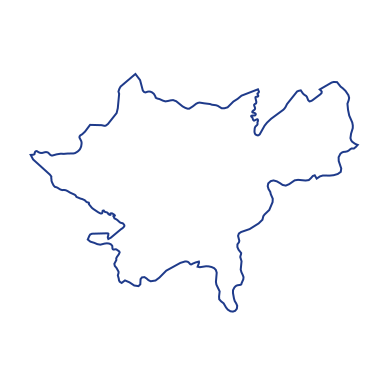 an SVG outline of As-Sulaymaniyah, rotated 93°
{"feature_id": "IRQ-3242", "entity_name": "As-Sulaymaniyah", "entity_type": "Province", "adm_level": 1, "iso_a3": "IRQ", "parent_name": "Iraq", "parent_adm1": "", "projection": "natural_earth1", "projection_center": [45.337, 35.514], "detail": "fine", "context": "isolated", "style": "outline", "palette": "blue", "viewbox_px": 384, "rotation_deg": 93, "n_neighbors": 0, "source": "natural_earth", "source_scale": "10m", "svg_char_len": 6017}
<svg xmlns="http://www.w3.org/2000/svg" viewBox="0 0 384 384"><g transform="rotate(93 192 192)"><path d="M136.3,29.0L138.4,30.7L140.1,32.6L140.2,34.9L141.0,36.2L142.1,37.3L143.2,38.9L143.8,41.0L144.0,42.6L144.5,44.0L146.0,45.8L149.6,47.4L153.4,47.1L160.7,44.2L164.1,44.5L166.4,47.4L167.8,51.4L168.4,55.2L168.7,62.2L169.7,65.0L172.1,68.2L168.9,70.3L169.7,72.2L172.1,74.1L174.0,76.0L174.6,79.2L174.3,86.7L175.0,90.1L179.1,95.4L180.7,98.7L180.2,101.9L178.6,104.5L176.9,107.9L176.2,111.2L177.0,113.9L179.4,116.3L182.2,116.7L185.1,115.7L187.7,113.9L190.1,113.2L194.5,111.0L197.9,111.0L205.9,113.9L210.7,118.4L212.4,119.5L216.0,120.2L219.9,123.8L226.0,132.5L229.4,140.9L231.0,143.0L233.4,143.7L238.3,142.2L239.8,142.5L241.9,143.9L244.6,143.8L247.2,142.5L250.4,139.7L251.7,139.8L253.1,140.2L254.4,140.4L258.6,138.9L267.0,139.3L269.6,138.4L272.2,137.0L274.3,136.1L276.5,136.2L280.5,137.7L281.5,137.9L282.1,138.5L282.8,141.8L283.3,142.9L284.1,143.8L285.2,144.7L287.9,145.9L290.7,145.8L296.2,144.5L298.7,143.6L301.0,142.0L303.3,140.9L306.2,141.1L308.4,142.7L309.3,144.9L309.1,147.4L307.6,150.1L305.5,152.0L301.5,154.6L299.7,157.2L297.7,159.2L294.9,159.5L289.8,159.2L283.2,162.8L280.5,163.4L271.3,163.1L268.6,164.1L266.9,165.9L265.9,168.5L265.4,171.4L265.4,174.0L266.7,180.3L266.3,182.5L262.3,181.3L261.7,181.3L261.1,181.5L262.2,184.8L263.7,187.9L264.2,188.5L264.4,189.2L264.2,189.9L263.7,190.5L262.7,191.4L262.0,192.4L261.7,193.7L261.7,195.2L263.4,199.9L271.9,213.6L279.2,220.1L282.3,223.8L283.3,228.6L282.3,230.9L280.7,232.9L279.5,235.0L279.9,237.5L281.7,238.8L286.9,238.8L288.8,240.5L288.4,244.8L285.5,249.7L283.8,254.3L286.5,257.5L285.4,259.5L284.0,260.3L282.4,260.6L279.1,261.7L276.7,261.1L275.4,261.2L271.8,263.4L269.9,265.2L267.8,265.8L263.9,264.0L262.2,264.2L260.8,263.6L258.0,261.8L256.1,261.1L255.2,261.5L253.3,264.5L253.2,265.3L253.6,267.3L253.3,268.1L252.5,268.5L250.7,268.7L249.8,268.9L248.4,270.4L247.8,272.2L247.7,274.4L248.1,276.6L249.4,280.8L249.0,283.9L247.9,286.9L246.9,290.9L244.9,293.6L241.3,292.3L239.8,291.5L238.9,289.7L237.7,274.7L237.8,273.6L238.1,273.3L238.5,273.4L239.5,273.3L240.0,273.4L240.6,273.6L241.1,273.7L241.8,273.7L242.4,273.5L242.9,273.3L243.3,273.1L241.9,270.7L232.9,261.0L232.1,259.9L231.5,259.2L230.5,258.3L229.6,257.8L228.8,257.8L228.0,258.3L226.8,259.6L226.7,260.4L226.5,261.5L226.1,262.4L225.3,263.4L223.9,265.1L223.3,266.1L222.7,267.4L222.4,268.1L221.3,268.6L220.9,268.8L220.5,269.2L220.2,269.3L220.0,269.2L220.0,268.9L220.0,268.4L219.9,268.1L219.6,267.8L219.2,268.0L218.7,268.5L217.9,270.0L217.5,270.8L217.6,272.1L217.9,272.5L218.3,272.6L218.8,272.4L219.0,272.3L219.2,272.6L219.1,273.1L218.5,274.3L217.4,275.0L216.9,275.7L216.4,278.0L215.1,279.2L215.4,280.2L215.8,280.3L217.1,280.4L217.5,280.5L217.9,280.7L218.1,281.0L218.2,281.3L218.2,282.2L217.8,283.2L217.1,284.7L214.1,289.7L213.0,291.2L209.6,294.3L209.2,294.3L208.8,294.2L208.4,294.3L208.0,294.6L207.9,295.5L207.7,296.3L207.1,297.3L205.8,298.7L204.8,301.2L204.4,303.1L203.3,306.1L203.1,306.8L202.8,307.3L202.0,307.7L201.4,308.2L200.8,309.1L199.0,313.7L197.6,316.3L197.1,317.5L196.8,318.4L196.8,318.9L196.7,319.5L196.7,320.1L196.7,320.7L196.8,321.1L196.9,321.6L196.8,322.0L196.5,323.2L196.2,324.0L194.7,326.7L194.2,328.2L194.2,328.7L194.1,329.1L193.4,329.9L192.5,330.7L190.0,332.1L188.7,332.7L187.5,333.0L186.7,333.0L185.4,333.3L184.9,333.3L183.9,333.3L182.1,334.8L167.8,352.4L163.4,355.0L163.1,352.5L162.8,351.8L162.5,351.3L161.9,351.2L161.5,351.2L161.1,351.1L160.0,350.7L159.7,350.4L159.3,349.7L159.3,349.1L160.3,347.3L160.7,346.2L160.9,345.2L160.9,344.3L160.8,343.5L160.0,341.1L159.8,340.1L159.8,339.1L160.0,338.4L160.3,337.6L162.2,335.6L162.7,334.7L162.9,334.1L162.9,333.4L161.5,329.2L160.7,325.5L160.6,324.4L160.6,323.6L160.7,322.9L160.6,321.8L160.1,318.2L159.7,312.4L159.3,310.9L158.2,309.2L157.2,307.9L155.4,306.3L154.1,305.7L152.4,305.1L149.6,304.8L148.1,304.9L146.9,305.3L143.8,307.1L143.1,307.3L142.2,307.1L141.3,306.5L140.1,304.7L137.3,302.0L130.3,297.3L130.0,285.7L130.4,283.5L130.5,282.8L130.4,282.1L130.1,281.4L128.5,279.5L117.1,271.4L112.2,270.5L97.8,269.9L95.5,270.7L92.6,269.9L90.4,268.8L77.1,254.7L83.0,249.7L93.3,246.4L94.7,245.0L95.0,243.7L94.1,241.4L93.9,240.2L94.0,238.8L94.5,237.3L95.9,235.3L97.5,234.2L98.7,233.5L99.7,233.2L100.1,232.5L100.5,231.4L100.9,229.3L102.3,225.8L102.9,223.3L102.4,220.9L101.6,218.1L101.2,215.7L102.2,212.5L107.0,205.9L108.3,203.2L109.0,200.9L108.9,199.1L106.4,195.6L103.6,192.4L102.7,190.7L102.3,189.1L102.8,184.5L103.2,178.6L103.8,176.7L104.1,172.6L104.6,170.8L106.8,166.8L106.7,164.1L105.6,160.9L99.5,155.4L96.6,151.3L93.2,147.6L86.0,131.5L88.4,130.4L88.8,130.5L89.4,130.8L89.8,131.3L90.3,131.8L90.8,131.7L92.2,130.9L92.8,130.9L93.2,131.2L93.4,131.5L93.4,131.9L93.4,132.3L93.5,132.8L93.9,133.5L94.6,133.6L95.3,133.4L98.5,132.5L99.5,132.5L100.2,132.7L100.8,133.8L101.6,134.5L102.3,134.5L103.0,134.2L103.8,133.8L104.9,133.4L105.7,133.4L106.3,133.7L106.9,134.3L107.4,135.0L108.4,135.9L109.0,136.0L109.4,135.6L109.5,135.1L109.7,134.0L109.9,133.5L110.2,132.9L110.8,132.4L111.2,132.4L111.7,132.6L112.1,132.9L112.3,133.4L112.5,135.8L112.8,136.7L113.1,136.9L113.5,136.8L114.7,135.5L116.7,134.8L117.5,133.8L117.3,133.4L115.9,130.7L116.0,130.3L116.4,130.0L117.4,129.8L117.9,129.9L118.7,130.2L119.2,130.3L120.6,130.1L121.2,130.2L121.7,130.5L122.3,131.1L122.5,131.3L122.8,131.5L123.1,131.9L123.8,132.3L125.0,132.7L128.0,132.8L129.4,132.6L130.4,132.2L131.2,131.6L131.5,131.1L131.8,130.1L132.0,129.8L132.0,129.4L132.0,129.0L131.8,128.5L130.9,127.4L122.0,123.0L118.8,120.7L114.7,116.8L105.1,105.1L103.8,104.0L102.2,103.0L99.2,101.7L86.1,92.3L85.4,90.8L84.8,88.7L87.7,86.5L88.7,85.4L89.4,84.3L90.1,83.0L91.1,82.2L94.2,80.8L95.4,79.4L95.0,78.1L94.3,76.8L87.7,68.9L86.4,67.8L85.0,67.7L84.2,68.3L82.9,69.8L75.4,58.3L74.7,56.3L74.7,52.9L79.0,49.1L80.5,46.9L83.0,44.0L87.1,40.9L89.8,40.0L92.0,40.3L95.7,41.4L101.7,40.5L107.4,39.0L114.2,35.6L117.1,34.9L119.8,34.8L125.4,36.2L129.9,36.6L131.8,35.9L133.3,34.8L135.1,32.1L135.8,30.5L136.3,29.0Z" fill="none" stroke="#1e3a8a" stroke-width="2"/></g></svg>